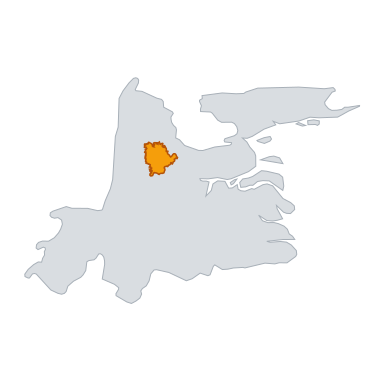 Kishoreganj, Dhaka, Bangladesh shown in context, rotated 275°
{"feature_id": "16705992B82604838368079", "entity_name": "Kishoreganj", "entity_type": "district", "adm_level": 2, "iso_a3": "BGD", "parent_name": "Bangladesh", "parent_adm1": "Dhaka", "projection": "mercator", "projection_center": [90.932, 24.337], "detail": "fine", "context": "in_parent", "style": "filled", "palette": "amber", "viewbox_px": 384, "rotation_deg": 275, "n_neighbors": 0, "source": "geoboundaries", "source_scale": "gbopen_adm2", "svg_char_len": 8894}
<svg xmlns="http://www.w3.org/2000/svg" viewBox="0 0 384 384"><g transform="rotate(275 192 192)"><path d="M127.6,280.8L127.5,270.9L121.0,251.4L121.3,249.2L119.9,239.8L118.3,234.6L117.4,229.0L121.4,221.0L119.8,219.7L111.1,217.2L110.0,215.1L111.9,207.2L105.6,199.7L103.1,194.1L109.8,176.0L111.5,163.4L111.0,161.0L106.9,158.1L99.7,157.0L94.5,154.6L91.5,151.0L89.0,149.6L85.9,150.7L81.8,149.3L78.5,145.7L75.7,141.4L76.8,136.6L82.1,125.4L84.0,125.1L88.6,127.3L90.3,127.3L93.3,122.8L97.5,110.2L112.2,111.3L115.8,110.9L119.4,109.8L121.4,108.2L122.5,106.2L122.2,104.5L117.7,102.1L115.9,100.3L114.7,95.2L113.3,93.3L104.5,93.0L99.9,90.7L97.3,88.6L92.8,81.7L87.3,76.5L81.9,75.3L79.9,73.7L78.8,71.0L79.4,67.2L82.1,59.9L96.7,44.0L97.1,42.2L96.5,40.2L92.2,37.6L92.0,36.3L93.2,33.0L95.6,32.6L100.7,35.6L105.8,40.5L108.9,44.9L109.0,48.3L113.0,49.0L116.3,50.6L119.8,50.1L122.0,51.0L123.5,50.6L124.1,48.7L121.2,43.6L122.6,41.6L125.9,41.7L128.4,43.5L130.1,47.4L130.5,53.4L134.4,58.8L139.6,62.6L143.6,64.4L148.6,65.7L152.7,64.5L154.8,60.7L153.9,57.3L154.6,54.3L156.2,52.6L158.9,52.7L160.8,55.1L166.5,68.0L165.3,73.8L166.6,89.4L165.2,99.7L166.1,103.7L167.1,104.4L175.7,106.3L188.1,110.4L197.6,111.9L240.7,110.8L250.2,112.8L278.9,111.2L286.8,114.5L295.3,119.8L300.1,123.8L300.9,126.1L300.4,128.0L298.8,129.1L295.9,129.1L289.1,126.5L288.0,127.3L287.9,133.4L282.4,148.8L281.6,153.6L279.7,155.4L274.0,156.4L270.2,165.4L268.7,166.5L264.9,164.5L262.6,164.8L259.7,165.6L256.8,167.7L254.8,170.3L252.5,171.1L244.5,171.0L242.9,175.1L237.7,180.6L234.0,194.9L234.3,199.3L238.8,210.7L241.9,225.5L243.1,227.0L244.6,227.1L244.7,220.3L246.1,219.5L248.0,220.2L251.8,229.4L253.9,231.7L257.2,232.3L261.0,230.9L263.9,228.3L265.0,225.4L264.0,215.4L265.8,211.4L272.3,205.3L273.3,203.5L272.9,193.5L275.3,193.2L278.7,193.9L282.8,191.6L284.1,191.5L285.9,194.1L288.9,193.6L293.3,213.4L293.7,227.4L294.7,235.1L296.3,236.9L301.2,248.4L305.8,289.1L306.4,314.8L308.3,323.5L306.7,325.5L305.1,325.9L303.6,322.8L293.1,316.3L290.5,317.0L286.9,320.7L285.5,324.2L286.1,329.2L287.3,334.0L289.8,336.8L290.0,339.9L292.8,351.4L292.0,351.4L286.3,341.0L279.3,330.6L277.0,312.1L276.8,303.0L272.0,292.2L267.6,273.4L269.5,266.7L266.2,269.6L260.9,258.3L252.7,247.2L250.3,242.3L250.2,237.5L246.6,242.3L241.8,245.7L236.9,250.8L233.6,252.3L223.2,253.3L217.2,246.5L208.6,229.8L207.5,226.0L208.6,216.2L206.5,206.9L206.0,198.7L204.4,199.4L203.8,201.7L204.1,205.2L203.5,208.1L189.1,206.2L195.2,211.1L201.9,212.2L205.3,216.6L205.5,223.9L199.0,228.2L199.6,231.9L203.3,236.4L198.8,237.7L197.5,240.6L197.4,244.8L200.6,251.2L200.1,253.7L205.5,262.1L206.6,266.1L205.2,271.8L193.4,283.2L190.0,291.3L187.1,295.1L183.5,295.8L179.1,292.0L179.0,288.0L179.9,284.9L186.0,277.3L182.7,278.3L173.2,284.6L171.3,279.5L170.1,274.8L170.1,269.0L174.7,260.4L169.5,264.7L168.1,270.1L168.7,276.4L168.0,280.9L166.0,286.7L163.2,290.3L158.7,292.5L156.7,296.0L153.7,298.5L152.6,286.7L149.4,270.8L148.7,274.2L150.4,284.1L150.3,290.5L147.8,295.6L142.8,301.0L139.0,301.8L136.8,300.9L129.7,292.8L129.1,285.0L127.6,280.8ZM214.7,281.0L205.9,282.9L201.5,282.3L209.8,268.0L209.5,261.6L208.2,256.4L204.0,252.1L203.8,249.1L201.8,245.0L200.9,240.2L205.6,238.7L209.4,241.4L210.8,246.9L212.7,251.0L219.3,259.4L219.2,264.6L217.4,277.1L214.7,281.0ZM233.6,276.3L228.2,280.1L230.0,257.5L233.9,265.9L234.9,270.4L233.6,276.3ZM254.1,265.0L251.7,266.6L249.5,265.2L246.7,259.9L248.1,253.2L249.0,252.2L252.4,259.1L254.1,265.0ZM273.9,312.6L270.8,312.8L269.3,311.2L270.0,309.0L269.2,301.7L273.1,301.0L274.5,307.1L273.9,312.6ZM270.5,292.2L268.2,299.4L267.3,296.2L268.9,289.8L270.5,292.2ZM207.9,233.2L208.8,235.6L203.9,232.6L202.5,230.4L204.7,229.3L207.9,233.2Z" fill="#d9dde1" stroke="#a8b0b8" stroke-width="1"/><path d="M234.1,161.8L235.3,161.1L235.7,160.7L235.9,160.1L235.8,159.9L235.3,160.0L234.5,160.4L234.2,160.4L234.0,160.5L234.0,160.0L234.5,158.7L234.9,158.4L235.4,158.3L235.9,158.4L237.5,158.7L237.8,158.7L237.9,158.4L237.8,157.8L237.1,156.8L236.8,156.3L236.7,156.3L236.7,156.1L236.8,156.0L237.1,155.9L237.6,155.9L238.0,155.6L238.2,155.2L238.6,155.3L238.9,155.2L238.4,154.7L238.2,154.4L238.3,154.3L238.2,154.2L238.2,153.9L237.9,153.6L237.6,153.6L237.4,153.7L237.0,153.5L236.9,153.6L237.1,153.9L236.8,153.9L236.7,153.9L236.9,153.6L237.0,153.0L237.0,152.4L236.9,152.2L237.4,152.1L237.6,152.2L238.0,152.6L238.0,151.7L237.9,150.7L237.7,150.0L237.4,149.4L237.1,149.3L236.8,149.4L236.8,149.5L237.1,149.8L236.8,149.8L236.4,149.6L236.2,149.8L236.0,150.3L235.6,150.4L235.4,150.1L235.2,150.1L235.4,149.7L235.8,149.7L235.7,149.5L234.4,149.3L234.0,149.4L233.7,149.8L233.7,149.7L233.8,149.2L234.5,148.4L234.8,148.5L235.0,148.8L235.6,148.4L236.1,147.8L236.6,147.3L236.8,147.0L237.1,146.3L237.4,145.5L237.8,144.7L237.6,144.4L237.3,144.3L237.1,144.4L236.7,144.2L236.3,144.2L236.3,143.8L236.4,143.7L236.2,143.6L235.9,143.5L235.9,143.4L236.3,143.2L236.0,142.8L236.0,142.4L235.6,142.2L235.4,142.2L235.0,142.0L234.9,141.8L235.1,141.6L234.9,141.2L235.6,141.5L235.8,141.5L235.8,141.2L235.7,141.2L235.6,140.8L235.3,140.9L234.8,140.5L234.6,140.7L234.4,141.0L234.2,141.1L233.9,141.0L233.7,140.8L233.4,140.9L233.1,141.0L232.9,141.0L232.8,140.8L232.5,140.6L232.4,140.7L232.5,140.8L232.4,140.9L232.5,141.1L232.4,141.3L232.5,141.5L232.5,142.0L232.5,142.4L232.2,142.3L232.1,142.5L231.9,142.6L231.2,142.5L231.3,142.9L231.2,142.9L231.0,142.6L231.0,143.0L230.8,142.9L230.6,142.8L230.6,142.6L230.2,142.4L229.9,142.2L229.6,141.9L229.1,142.0L228.9,142.2L228.7,142.2L228.3,142.4L228.1,142.3L227.9,142.3L227.8,142.2L227.8,141.9L227.8,141.7L228.0,141.6L227.9,141.4L227.5,141.3L227.3,141.4L227.0,141.9L227.0,142.0L227.1,142.3L227.0,142.6L226.9,142.8L226.5,142.6L226.3,142.6L226.2,142.8L225.7,142.8L225.4,142.7L225.2,142.6L224.8,143.0L224.2,142.6L224.2,142.4L223.9,142.5L223.7,142.5L223.6,142.8L223.4,142.8L223.2,142.6L222.9,142.8L222.5,142.5L222.6,142.2L222.4,142.2L222.1,142.2L221.7,142.2L221.7,142.7L221.7,142.9L221.4,143.1L221.1,142.9L220.9,143.1L220.4,142.9L220.1,142.9L220.0,143.0L219.9,143.3L219.7,143.2L219.0,143.2L218.7,143.0L218.4,143.1L218.3,143.3L218.2,143.6L218.1,143.8L217.9,144.0L217.6,143.9L217.2,143.9L217.0,143.6L216.9,143.6L217.0,144.0L216.8,144.2L216.8,144.4L216.5,144.5L216.4,144.8L216.6,145.1L216.6,145.3L216.3,145.7L216.4,145.8L216.3,146.2L216.2,146.2L216.1,145.9L215.9,146.4L216.1,146.7L215.8,146.9L215.7,147.4L215.5,147.5L215.6,148.0L215.4,148.1L214.8,147.9L214.7,148.0L214.4,148.0L214.2,148.0L214.2,147.9L213.8,147.9L213.7,147.8L213.7,148.0L213.6,148.3L213.1,148.0L213.0,147.9L212.9,148.6L212.7,149.0L212.5,149.3L212.4,149.4L212.3,149.8L211.9,149.9L211.9,150.1L211.9,149.9L211.7,149.8L211.7,149.6L211.7,149.2L211.5,148.8L211.3,148.8L211.3,148.7L211.2,148.5L211.1,148.0L211.1,147.6L210.7,147.7L210.7,147.8L210.4,148.0L210.2,148.0L210.1,148.3L209.9,148.3L210.0,148.4L209.9,148.4L210.0,148.5L209.8,148.6L210.0,148.8L209.9,148.9L210.0,148.9L210.1,149.1L209.9,149.5L209.7,149.5L209.9,149.9L209.8,150.3L209.7,150.3L209.4,150.3L208.9,150.3L208.9,150.1L208.7,150.1L208.7,149.9L208.3,149.9L208.2,149.7L207.8,149.8L207.6,149.8L207.7,149.5L207.4,149.7L206.9,149.1L206.6,149.0L206.6,148.7L206.0,148.5L205.6,148.7L205.2,148.6L205.1,148.8L204.9,148.9L204.9,149.2L204.5,149.3L204.4,149.5L204.6,149.8L204.6,150.0L204.5,150.3L204.7,150.6L204.7,150.8L205.0,150.9L205.1,151.4L205.5,151.5L206.0,151.7L206.5,151.8L207.3,152.0L207.5,152.1L207.6,152.3L207.8,152.4L207.8,152.6L207.6,152.6L208.1,153.1L208.0,153.5L207.9,153.9L207.9,154.2L207.8,154.5L207.9,154.8L207.7,155.3L207.4,156.3L207.1,156.5L207.0,156.9L206.7,157.2L206.7,157.4L206.7,157.5L206.9,157.4L207.0,157.6L207.1,157.8L207.8,159.2L208.0,159.8L207.9,160.3L207.9,160.7L208.3,161.3L208.3,161.9L208.6,162.3L209.2,162.5L209.9,162.7L210.5,162.7L211.3,163.1L211.7,163.0L211.8,163.1L212.5,163.0L213.5,162.2L214.3,162.3L214.8,162.6L214.9,162.9L215.0,163.0L214.9,163.3L215.0,163.6L215.5,164.1L215.4,164.3L215.5,164.5L215.4,164.9L215.2,165.2L215.2,165.5L215.4,165.6L215.5,165.8L215.9,166.0L216.1,165.9L216.5,166.4L216.7,166.5L216.9,166.6L216.9,167.0L217.1,167.5L217.7,167.9L218.1,168.3L218.5,168.4L219.1,168.2L219.4,168.4L219.4,168.9L219.3,169.0L219.1,169.2L218.3,169.5L218.2,169.7L218.2,170.0L218.5,170.1L218.7,170.3L219.4,170.4L220.5,170.8L220.6,171.2L220.7,171.3L221.2,171.8L221.5,172.0L222.1,172.0L222.8,171.5L223.2,171.5L223.4,171.9L223.6,172.5L223.9,172.6L224.2,172.7L224.3,172.8L224.3,173.2L223.9,174.0L224.0,174.3L224.5,174.4L225.0,174.3L225.2,174.5L225.8,173.8L226.4,173.4L227.0,173.2L227.5,172.8L228.0,172.6L228.5,171.9L228.6,171.5L228.6,171.0L228.5,170.5L228.2,170.1L227.6,169.6L226.4,169.0L225.8,168.5L225.2,167.8L225.3,167.5L225.2,167.5L225.4,167.2L226.0,166.8L226.4,166.5L226.8,166.2L227.3,165.5L227.7,164.8L228.0,164.4L228.3,164.3L229.2,164.2L229.7,164.2L230.3,164.5L230.5,164.5L230.6,164.3L230.5,164.0L230.0,163.6L229.9,163.5L230.0,163.1L230.2,162.8L231.0,162.7L231.4,162.8L232.7,162.7L233.4,162.4L233.7,161.9L234.1,161.8Z" fill="#f59e0b" stroke="#b45309" stroke-width="1.5"/></g></svg>